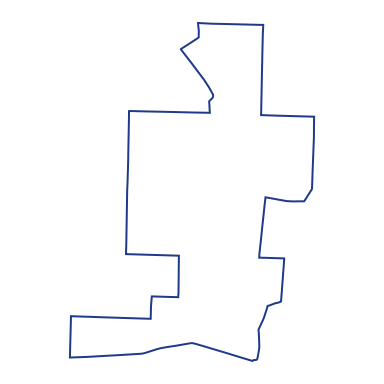 outline of Curcani, Calarasi, Romania
{"feature_id": "2599482B18753621764646", "entity_name": "Curcani", "entity_type": "district", "adm_level": 2, "iso_a3": "ROU", "parent_name": "Romania", "parent_adm1": "Calarasi", "projection": "mercator", "projection_center": [26.714, 44.275], "detail": "fine", "context": "isolated", "style": "outline", "palette": "blue", "viewbox_px": 384, "rotation_deg": 0, "n_neighbors": 0, "source": "geoboundaries", "source_scale": "gbopen_adm2", "svg_char_len": 2839}
<svg xmlns="http://www.w3.org/2000/svg" viewBox="0 0 384 384"><path d="M69.9,357.5L85.3,357.0L104.8,355.9L111.9,355.5L119.0,355.1L138.8,353.9L141.6,353.7L142.9,353.5L145.6,352.8L155.3,349.7L158.4,348.8L160.6,348.2L166.2,347.2L176.8,345.6L190.6,343.2L192.2,343.1L193.2,343.3L195.8,343.9L203.3,346.1L228.0,353.5L239.4,357.0L252.6,361.0L253.0,360.4L253.9,360.0L254.9,360.0L255.2,360.0L256.3,359.9L256.6,359.7L256.8,359.6L257.2,359.1L257.4,358.6L257.6,357.5L257.9,356.0L258.6,352.1L259.0,349.8L259.2,348.2L259.3,347.0L259.3,345.4L259.2,342.8L259.0,337.7L258.9,334.9L258.7,331.8L258.5,330.5L258.6,329.8L258.7,329.3L258.9,328.7L259.9,326.6L263.3,319.3L264.5,316.1L264.8,315.0L266.2,310.9L266.7,309.1L267.1,308.0L267.3,306.9L267.3,306.6L267.4,306.3L267.6,306.2L267.8,305.9L269.3,305.5L271.9,304.5L274.1,303.7L274.8,303.4L275.4,303.2L277.0,302.9L278.3,302.6L279.2,302.3L280.8,301.6L281.0,301.5L281.4,297.1L281.4,296.2L281.5,295.3L281.6,294.4L281.6,293.5L281.7,292.6L281.8,292.2L281.8,291.8L281.9,290.9L281.9,290.0L282.0,289.1L282.0,288.3L282.1,287.4L282.2,286.5L282.2,285.6L282.3,284.8L282.4,283.9L282.4,283.0L282.5,282.1L282.6,281.3L282.6,280.4L282.7,279.5L282.8,278.6L282.8,277.8L282.9,276.9L282.9,276.0L283.0,275.2L283.1,274.3L283.1,273.4L283.2,272.5L283.3,271.7L283.3,270.8L283.4,269.9L283.5,269.0L283.5,268.2L283.6,267.3L283.7,266.4L283.7,265.5L283.8,264.7L283.9,263.8L283.9,262.9L284.0,262.0L284.0,261.1L284.1,260.2L284.2,259.3L284.2,258.4L283.3,258.4L282.4,258.3L281.5,258.3L280.6,258.3L279.7,258.3L278.7,258.2L277.8,258.2L276.9,258.2L276.0,258.2L275.2,258.1L274.3,258.1L273.4,258.1L272.5,258.0L271.6,258.0L270.7,258.0L269.8,258.0L268.9,257.9L268.0,257.9L267.2,257.9L266.3,257.9L265.4,257.8L264.5,257.8L263.6,257.8L262.7,257.8L261.8,257.7L260.9,257.7L260.0,257.7L259.2,257.7L259.4,253.9L260.4,244.8L260.6,243.2L261.6,233.5L262.1,228.4L263.8,212.6L264.6,205.0L265.5,197.3L286.5,201.1L292.7,201.4L304.2,201.3L310.8,190.9L312.0,188.9L312.8,166.3L313.5,148.1L313.9,137.9L314.0,123.5L314.1,119.9L314.1,116.7L278.2,115.7L261.1,115.1L262.4,51.9L262.8,34.5L263.2,26.7L263.2,24.9L262.9,24.9L261.0,24.9L237.5,24.3L211.7,23.7L207.6,23.5L201.8,23.2L198.0,23.0L198.1,24.1L198.4,27.0L198.8,30.7L198.7,37.2L198.3,37.8L195.4,39.7L181.0,49.0L180.9,49.3L182.3,51.2L188.3,59.0L190.7,62.0L204.2,80.0L209.0,87.4L210.7,90.4L213.1,94.8L213.1,95.8L213.0,96.7L212.6,97.8L211.2,99.3L209.6,100.8L209.2,101.3L209.1,101.7L209.3,103.2L209.8,112.8L192.9,112.5L172.9,112.0L141.1,111.3L129.1,111.0L129.0,111.5L129.0,112.9L129.0,115.1L128.8,126.3L128.3,151.9L128.2,159.8L127.9,171.0L127.8,173.0L127.5,183.6L127.2,189.6L126.3,243.5L126.0,254.1L178.9,255.7L178.5,293.1L178.4,293.6L178.4,293.8L178.2,296.6L178.2,297.2L164.9,296.8L151.8,296.4L151.0,306.2L150.7,318.8L131.3,318.2L97.7,317.1L92.3,316.9L71.0,316.2L69.9,357.5Z" fill="none" stroke="#1e3a8a" stroke-width="2"/></svg>